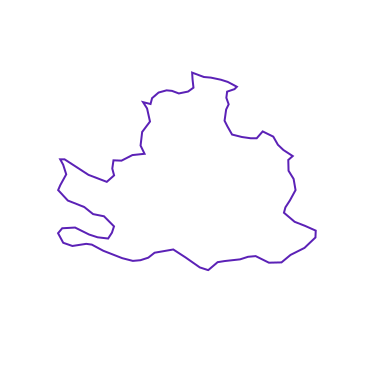 Falköping, Västra Götaland, Sweden, rotated 213°
{"feature_id": "70781695B60471396362754", "entity_name": "Falköping", "entity_type": "district", "adm_level": 2, "iso_a3": "SWE", "parent_name": "Sweden", "parent_adm1": "Västra Götaland", "projection": "natural_earth1", "projection_center": [13.626, 58.177], "detail": "fine", "context": "isolated", "style": "outline", "palette": "violet", "viewbox_px": 384, "rotation_deg": 213, "n_neighbors": 0, "source": "geoboundaries", "source_scale": "gbopen_adm2", "svg_char_len": 1347}
<svg xmlns="http://www.w3.org/2000/svg" viewBox="0 0 384 384"><g transform="rotate(213 192 192)"><path d="M282.0,240.7L275.2,237.6L265.6,228.2L266.5,215.2L260.4,202.9L252.6,198.2L262.1,190.5L268.2,179.9L275.1,175.8L271.6,168.2L266.4,163.5L269.0,154.1L288.1,150.0L316.6,150.0L320.3,147.6L314.9,144.7L307.1,138.3L306.2,126.0L305.3,120.7L291.5,117.2L274.2,120.7L262.9,119.6L252.6,123.7L238.7,120.7L237.0,114.3L237.0,107.3L246.5,102.6L255.1,100.3L270.7,98.5L281.1,90.9L281.9,84.5L272.4,79.3L271.8,79.4L262.9,81.6L252.5,90.9L247.4,93.3L234.4,94.4L214.5,98.5L204.1,102.0L198.1,106.7L192.9,113.1L190.3,120.7L176.4,133.6L161.7,133.6L144.4,133.0L136.2,135.2L135.8,135.4L132.3,147.1L127.1,151.8L115.0,161.7L109.7,168.2L103.7,172.9L89.0,174.6L78.6,181.7L75.1,192.9L67.2,206.4L66.1,211.1L63.7,221.1L67.2,227.0L78.5,225.2L89.7,222.9L103.6,224.7L105.3,230.0L105.3,238.2L106.2,250.0L113.9,258.3L122.6,262.4L128.7,271.3L127.1,277.0L138.2,277.0L145.7,278.4L154.0,282.7L165.7,281.3L167.0,272.3L171.9,269.1L180.1,265.3L189.7,262.0L198.0,266.3L203.5,269.5L208.3,279.8L209.0,285.5L214.5,289.7L217.2,295.3L212.4,301.4L211.7,304.7L222.0,303.8L228.9,301.9L238.5,298.2L244.7,294.9L256.9,292.2L253.0,286.9L247.6,280.3L250.0,274.1L256.7,267.5L263.9,265.9L268.7,263.4L274.2,257.2L276.6,249.0L274.7,243.2L282.0,240.7Z" fill="none" stroke="#5b21b6" stroke-width="2"/></g></svg>